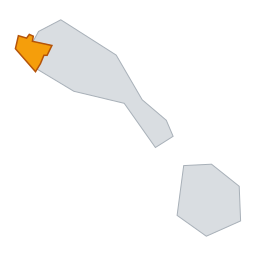 Saint Anne Sandy Point highlighted on a map of Saint Kitts and Nevis
{"feature_id": "KNA-5100", "entity_name": "Saint Anne Sandy Point", "entity_type": "Parish", "adm_level": 1, "iso_a3": "KNA", "parent_name": "Saint Kitts and Nevis", "parent_adm1": "", "projection": "albers", "projection_center": [-62.834, 17.356], "detail": "fine", "context": "in_parent", "style": "filled", "palette": "amber", "viewbox_px": 256, "rotation_deg": 0, "n_neighbors": 0, "source": "natural_earth", "source_scale": "10m", "svg_char_len": 541}
<svg xmlns="http://www.w3.org/2000/svg" viewBox="0 0 256 256"><path d="M173.1,136.3L155.4,147.5L124.2,103.3L73.9,91.3L30.5,65.2L29.5,59.6L30.2,46.5L38.6,31.4L60.8,19.8L116.2,55.1L142.2,99.8L166.3,120.3L173.1,136.3ZM240.6,220.9L206.3,236.2L177.1,215.4L183.7,165.6L211.5,164.2L239.2,186.3L240.6,220.9Z" fill="#d9dde1" stroke="#a8b0b8" stroke-width="1"/><path d="M35.5,71.7L15.4,48.7L18.4,35.7L26.6,38.1L29.3,34.4L33.3,36.2L32.4,41.3L51.9,45.5L47.1,55.3L43.9,55.3L40.4,63.7L35.5,71.7Z" fill="#f59e0b" stroke="#b45309" stroke-width="1.5"/></svg>